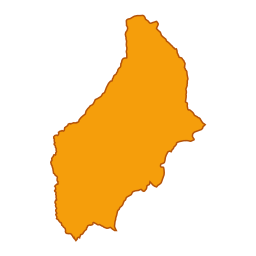 Fómeque, Cundinamarca, Colombia
{"feature_id": "7082276B76169675802972", "entity_name": "Fómeque", "entity_type": "district", "adm_level": 2, "iso_a3": "COL", "parent_name": "Colombia", "parent_adm1": "Cundinamarca", "projection": "natural_earth1", "projection_center": [-73.835, 4.535], "detail": "fine", "context": "isolated", "style": "filled", "palette": "amber", "viewbox_px": 256, "rotation_deg": 0, "n_neighbors": 0, "source": "geoboundaries", "source_scale": "gbopen_adm2", "svg_char_len": 5742}
<svg xmlns="http://www.w3.org/2000/svg" viewBox="0 0 256 256"><path d="M126.3,20.8L126.5,23.8L126.5,25.5L127.5,26.9L127.5,27.7L127.7,28.2L127.3,29.8L126.8,30.9L125.7,32.4L125.6,33.5L125.3,34.1L125.7,36.4L126.1,37.5L126.0,38.8L126.6,41.1L126.3,44.6L126.5,46.4L126.9,47.6L126.8,49.7L126.4,50.9L126.3,51.8L126.8,54.1L126.8,57.8L126.4,58.0L125.0,58.0L123.5,58.4L123.0,58.8L122.0,60.2L121.5,62.6L120.9,63.7L120.7,66.2L120.5,66.8L120.1,67.3L118.8,68.4L118.4,69.0L117.9,69.8L117.5,71.6L116.7,72.7L116.3,73.9L114.4,75.3L113.7,76.1L113.3,77.6L112.4,79.2L112.2,80.7L110.8,81.3L110.5,81.2L108.6,83.3L106.5,87.4L104.6,92.5L103.9,93.0L102.8,93.6L102.3,94.3L101.6,95.7L100.8,96.6L97.7,98.5L95.3,99.6L94.0,102.5L92.9,104.3L92.1,104.9L90.3,105.8L89.8,106.3L89.1,107.4L87.9,108.5L86.2,110.8L85.7,112.3L85.4,113.9L85.0,114.2L84.7,114.6L83.6,115.3L81.1,117.5L79.4,119.6L79.0,120.3L78.9,121.1L78.6,121.7L77.9,122.1L77.5,122.5L76.9,122.4L76.2,122.9L74.4,122.9L73.6,122.8L71.2,123.7L70.5,123.9L70.4,123.6L69.6,123.6L68.3,124.1L67.6,125.6L64.7,127.7L64.3,130.3L63.6,131.0L63.2,131.1L62.2,130.6L61.9,130.6L61.6,131.0L61.1,131.1L60.2,131.1L58.9,132.0L58.8,132.3L58.5,132.4L58.7,133.7L58.4,134.6L57.9,135.2L57.5,135.5L56.8,135.1L55.2,135.4L54.7,135.7L53.7,136.9L53.8,137.3L53.7,138.1L54.3,138.8L54.4,139.2L54.2,139.8L54.4,142.0L54.5,142.3L55.0,142.7L54.9,143.0L54.2,143.7L54.1,144.2L54.3,144.7L55.1,145.4L55.3,145.9L55.5,147.5L56.2,148.4L56.1,150.2L56.5,151.6L56.4,152.0L55.7,152.9L55.7,153.5L55.7,154.1L55.7,154.6L55.4,155.0L54.6,154.8L53.8,154.9L53.5,155.4L53.4,156.4L52.3,157.4L52.1,158.1L51.8,158.3L51.7,158.9L52.0,160.2L51.7,160.8L51.2,161.1L50.8,162.4L50.9,163.1L51.2,163.7L51.2,164.3L52.1,165.9L52.2,166.8L52.5,167.5L52.9,168.7L53.1,170.5L53.3,171.3L53.5,173.1L53.8,173.4L54.4,173.7L55.3,175.3L56.9,176.4L57.2,176.9L57.4,177.4L57.1,178.9L57.1,180.5L57.3,181.0L58.0,181.7L57.9,182.8L58.0,183.6L57.9,184.1L57.6,184.3L56.7,184.2L56.4,184.7L55.6,185.2L54.8,186.2L55.1,186.4L55.5,187.6L55.7,189.3L55.5,189.9L55.3,190.1L55.1,190.0L54.9,190.1L54.6,190.7L54.8,191.3L55.0,191.6L55.6,191.8L56.0,192.5L55.9,193.6L55.7,194.6L56.2,195.6L56.3,196.1L56.0,197.0L56.6,199.6L56.6,200.0L56.3,200.3L55.7,200.2L55.0,202.0L55.0,202.5L55.2,203.2L55.9,204.0L55.9,204.3L55.5,205.2L55.6,206.0L55.8,206.8L56.6,208.1L56.5,208.8L55.8,209.9L55.7,210.4L56.0,211.7L56.6,212.7L56.8,213.4L56.7,213.7L56.0,214.0L55.8,214.4L56.1,215.4L56.9,216.8L56.8,218.1L56.5,218.5L56.7,218.8L57.1,219.0L57.5,219.4L57.9,219.4L58.2,219.7L58.9,220.9L60.5,222.7L61.2,222.8L61.6,223.8L61.6,224.6L61.8,225.2L62.6,225.7L63.3,226.8L65.2,228.5L65.6,230.8L65.4,231.5L65.8,232.8L67.0,233.5L68.0,233.5L68.6,233.7L70.2,233.6L71.0,234.0L72.5,235.8L72.7,236.4L73.9,238.1L74.2,237.7L74.7,238.9L75.9,240.6L77.1,239.2L77.3,238.2L78.0,237.5L78.5,237.3L79.6,237.8L79.8,236.8L80.4,235.7L80.4,235.2L80.6,234.7L81.0,234.5L82.0,234.3L82.5,233.8L82.9,233.6L83.4,232.5L83.9,232.0L84.6,230.9L86.3,229.5L86.6,228.7L86.5,228.1L87.2,227.2L87.7,225.8L89.6,225.0L90.7,225.2L92.2,224.7L92.8,224.3L93.0,222.8L93.4,222.5L94.4,222.7L95.0,223.3L96.1,223.7L97.2,224.5L97.9,224.8L99.0,224.8L99.4,224.6L99.8,224.7L101.9,226.0L102.7,226.2L104.0,227.2L106.6,228.2L107.9,228.2L110.2,227.4L110.5,227.4L112.5,229.1L114.6,230.5L116.3,230.5L114.9,227.7L114.5,226.2L115.0,221.5L115.6,219.7L115.7,218.3L115.9,217.4L116.6,215.4L117.5,211.2L118.1,210.2L119.2,209.2L119.6,208.1L120.1,207.3L121.5,206.2L122.7,204.7L123.2,203.2L123.9,201.5L124.2,201.0L125.5,199.9L126.2,197.8L126.6,197.3L127.5,196.7L130.8,194.9L131.4,194.4L132.5,192.0L134.2,191.2L135.4,190.8L138.6,190.4L139.7,189.8L141.1,189.4L142.1,190.2L142.3,190.7L143.2,191.1L143.8,191.3L144.6,191.0L146.4,188.8L146.7,187.6L146.8,186.5L147.0,185.8L147.8,185.2L149.2,184.6L149.5,184.1L150.0,181.8L153.2,185.3L155.0,186.4L156.6,186.9L157.9,185.3L159.1,184.6L160.6,183.4L161.3,182.5L164.0,174.9L164.2,172.6L164.0,169.6L163.7,168.0L163.5,167.4L163.1,167.2L161.4,167.1L160.9,166.9L160.5,166.4L160.5,165.2L160.8,164.3L161.1,164.0L162.9,163.4L164.3,162.6L164.9,160.7L165.4,157.4L166.2,155.2L167.8,152.0L169.3,151.2L170.3,151.3L171.1,151.8L171.2,151.7L172.2,149.6L173.3,148.7L173.9,147.2L174.2,146.7L175.2,145.9L176.1,144.7L176.4,144.2L176.6,142.9L177.5,142.3L179.4,141.6L183.5,140.7L186.6,140.6L188.1,140.7L190.2,141.2L190.9,141.2L194.0,139.8L194.1,139.3L194.0,139.0L192.8,137.3L192.4,136.2L192.6,134.4L193.0,133.5L194.4,132.1L201.4,129.5L202.5,128.4L203.0,126.9L203.3,126.3L204.2,125.7L204.6,125.2L205.2,124.7L204.4,124.0L203.3,123.4L202.3,122.3L201.2,120.7L200.0,118.6L199.3,118.0L197.8,117.4L197.1,116.7L194.9,115.6L194.2,114.9L193.4,113.2L192.3,112.0L190.0,110.1L189.5,109.9L188.4,109.9L187.8,109.1L187.2,105.8L187.4,104.2L187.3,103.3L186.8,102.7L185.7,102.2L185.5,101.9L185.5,101.4L186.1,97.4L186.2,95.5L186.0,94.3L186.3,93.2L186.4,92.2L186.3,91.0L186.0,89.8L185.9,89.0L187.1,85.7L187.1,84.1L187.3,83.3L187.3,81.1L187.4,80.4L187.8,79.5L187.9,78.7L187.1,74.6L186.8,71.5L186.3,70.6L185.9,70.3L185.5,69.9L185.4,69.2L184.4,67.3L184.7,66.6L184.6,66.2L185.0,64.1L185.0,63.3L184.2,61.9L183.8,60.7L182.6,59.4L181.9,58.2L181.2,57.8L179.2,57.3L178.9,56.8L178.8,56.1L178.3,55.4L178.0,54.4L177.2,52.8L177.0,50.8L176.4,48.9L176.1,48.8L175.3,49.1L174.4,48.7L174.2,48.4L174.1,47.9L173.6,47.7L173.2,47.4L172.2,46.1L170.3,44.4L169.8,43.7L167.7,41.9L166.6,41.2L165.8,39.2L162.5,36.5L161.4,35.3L160.3,32.2L158.1,30.3L156.6,28.7L156.5,28.3L156.9,27.3L157.9,25.3L158.2,24.3L158.1,23.5L156.9,21.8L156.6,21.4L156.2,21.4L154.4,22.1L152.6,22.6L151.5,23.1L150.7,23.3L149.9,23.1L149.3,22.6L148.2,21.1L145.9,19.5L145.4,18.9L144.9,17.3L144.2,16.3L143.6,15.7L142.7,15.4L140.2,15.6L137.4,15.6L134.5,16.2L133.6,16.6L130.6,18.4L129.6,18.8L128.3,19.0L127.3,19.5L126.7,20.0L126.3,20.8Z" fill="#f59e0b" stroke="#b45309" stroke-width="1.5"/></svg>